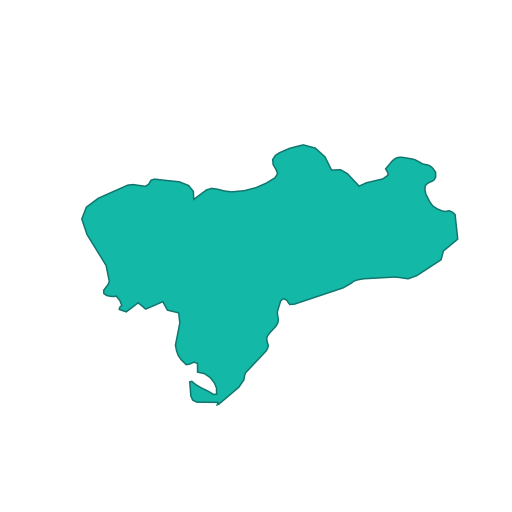 outline of Monaghan, rotated 296°
{"feature_id": "IRL-3412", "entity_name": "Monaghan", "entity_type": "Administrative County", "adm_level": 1, "iso_a3": "IRL", "parent_name": "Ireland", "parent_adm1": "", "projection": "orthographic", "projection_center": [-6.93, 54.159], "detail": "fine", "context": "isolated", "style": "filled", "palette": "teal", "viewbox_px": 512, "rotation_deg": 296, "n_neighbors": 0, "source": "natural_earth", "source_scale": "10m", "svg_char_len": 2096}
<svg xmlns="http://www.w3.org/2000/svg" viewBox="0 0 512 512"><g transform="rotate(296 256 256)"><path d="M225.5,82.1L238.9,89.0L263.6,109.8L266.4,114.4L270.1,126.0L273.3,128.0L278.1,128.4L280.6,131.1L284.4,141.8L289.1,154.6L289.8,164.5L286.6,171.4L279.6,175.2L293.8,182.6L297.4,186.6L299.2,192.4L300.6,199.1L302.9,205.9L309.6,216.9L317.4,226.0L326.0,233.3L334.7,238.8L339.5,239.3L342.7,235.8L345.7,231.3L350.0,228.7L354.8,229.3L359.1,231.8L367.5,239.0L373.4,245.9L376.6,249.8L379.0,262.0L375.3,274.6L366.3,286.3L370.6,294.1L370.1,301.9L364.0,318.1L370.1,323.0L380.9,336.2L386.6,339.3L388.8,337.9L391.1,334.3L401.8,337.0L405.2,338.8L407.0,340.7L408.2,342.7L409.0,344.8L411.8,354.2L412.2,356.8L412.1,362.0L411.9,363.8L411.8,364.8L411.9,366.0L413.0,369.9L413.3,372.9L412.4,376.4L410.0,380.7L405.7,382.9L402.8,382.8L400.7,381.7L397.2,378.8L395.2,377.8L392.8,377.4L389.7,378.8L386.1,381.5L380.8,388.5L378.5,392.9L377.8,398.1L378.0,401.5L378.2,404.4L379.3,407.1L381.4,409.7L381.5,413.7L380.5,416.8L359.6,429.9L342.6,422.2L333.8,424.0L308.8,409.1L302.2,402.7L299.3,393.6L297.5,389.2L282.7,362.7L279.2,357.9L276.2,354.8L273.7,353.8L265.6,348.3L229.7,311.8L227.2,307.6L228.2,305.5L229.6,303.5L229.9,300.1L228.5,298.6L226.2,297.9L215.9,299.5L213.7,300.4L208.3,304.2L205.6,304.9L202.1,304.8L192.1,301.8L188.6,301.4L186.2,302.0L184.3,303.2L181.1,306.2L178.4,306.9L175.0,306.7L146.7,297.9L144.1,298.0L139.4,299.4L130.5,298.1L106.6,287.6L105.3,286.4L107.8,286.1L98.7,266.9L98.7,262.3L101.6,258.8L113.9,251.6L115.2,253.3L114.0,258.3L113.5,264.4L113.5,272.3L113.0,278.5L114.4,281.2L120.0,278.4L123.7,274.2L126.6,268.2L127.7,261.3L126.0,254.4L133.8,250.5L133.4,246.8L129.6,243.6L127.7,240.9L130.0,234.1L132.6,229.6L135.9,226.2L140.5,222.7L162.4,216.9L171.0,211.4L168.5,200.1L174.1,192.3L159.9,180.1L162.3,170.6L148.9,163.9L148.0,156.5L149.9,156.0L152.9,157.0L155.1,154.3L155.6,154.4L158.7,148.0L158.6,147.6L157.5,146.5L156.0,143.1L155.0,138.9L155.6,135.6L156.8,135.0L158.4,134.1L165.4,135.5L168.7,135.4L181.8,125.4L201.2,94.7L212.9,83.2L225.5,82.1Z" fill="#14b8a6" stroke="#0f766e" stroke-width="1.5"/></g></svg>